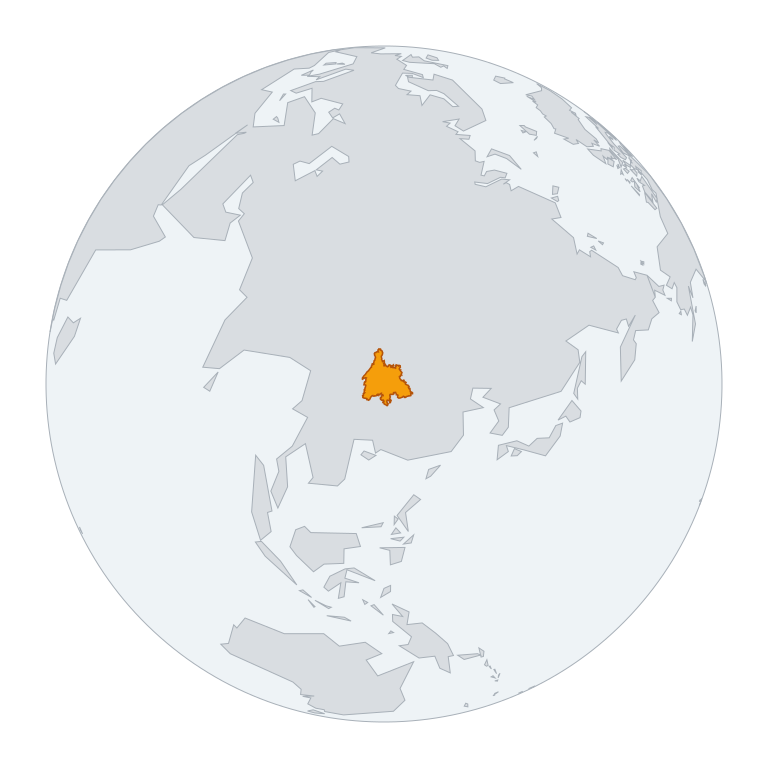 Sichuan on an orthographic globe, rotated 43°
{"feature_id": "CHN-1809", "entity_name": "Sichuan", "entity_type": "Province", "adm_level": 1, "iso_a3": "CHN", "parent_name": "China", "parent_adm1": "", "projection": "orthographic", "projection_center": [103.034, 30.167], "detail": "fine", "context": "on_globe", "style": "filled", "palette": "amber", "viewbox_px": 768, "rotation_deg": 43, "n_neighbors": 0, "source": "natural_earth", "source_scale": "10m", "svg_char_len": 17266}
<svg xmlns="http://www.w3.org/2000/svg" viewBox="0 0 768 768"><g transform="rotate(43 384 384)"><circle cx="384" cy="384" r="338" fill="#eef3f6" stroke="#a8b0b8"/><path d="M700.4,501.7L699.8,503.5L699.6,504.0L700.4,501.7ZM544.2,86.5L545.7,87.4L548.6,89.2L533.9,87.2L538.7,100.7L551.2,110.3L539.8,104.8L570.9,127.7L580.5,142.7L562.9,122.8L555.8,118.7L559.0,126.8L552.5,124.4L550.3,127.3L542.2,124.2L532.5,113.8L527.1,111.9L529.7,117.9L523.2,119.2L520.2,110.5L508.6,112.2L490.2,97.4L488.9,80.4L471.9,73.1L452.7,58.9L447.7,59.0L437.3,55.0L427.6,54.0L426.8,52.6L419.8,53.2L422.4,54.8L420.2,55.8L414.8,55.7L412.8,53.4L415.2,53.2L411.8,52.5L413.1,51.7L409.4,52.0L407.6,49.9L401.3,51.9L393.1,50.3L394.1,49.0L404.6,49.2L432.8,49.9L437.0,50.3L436.4,50.2L464.4,55.8L491.8,63.7L518.5,74.0L544.2,86.5ZM385.2,46.1L387.1,46.4L375.5,46.5L363.0,46.8L361.4,46.8L385.2,46.1ZM351.3,47.7L348.1,48.0L344.2,48.4L351.3,47.7ZM696.6,255.6L697.5,257.9L695.1,252.1L695.3,252.6L696.6,255.6ZM694.3,250.8L695.0,252.2L694.6,251.4L694.3,250.8ZM694.5,251.5L694.4,251.0L694.8,252.3L694.5,251.5ZM695.1,253.5L694.6,252.2L694.8,252.6L695.1,253.5ZM694.9,254.5L694.7,254.6L694.1,252.7L694.9,254.5ZM550.5,90.0L551.1,90.3L551.0,90.7L546.4,87.8L546.5,87.7L550.5,90.0ZM549.8,92.5L545.8,89.9L552.1,92.3L552.4,93.0L549.8,92.5ZM561.6,118.3L559.1,114.1L563.8,119.1L561.6,118.3ZM551.4,128.3L554.2,130.5L551.9,131.2L551.4,128.3ZM393.4,46.5L390.3,46.4L391.5,46.3L393.4,46.5ZM397.2,46.8L400.8,46.8L403.1,47.0L400.8,47.0L397.2,46.8ZM537.4,127.2L532.8,128.1L535.8,125.3L537.4,127.2ZM392.2,47.0L406.8,47.5L410.8,48.0L405.5,48.7L392.2,47.0ZM529.0,127.5L518.0,130.8L523.2,135.5L502.2,125.1L518.5,125.2L521.4,120.7L523.8,125.1L529.0,127.5ZM425.6,55.5L422.6,53.7L430.1,55.5L425.6,55.5ZM431.0,56.4L457.3,62.1L459.0,65.2L449.9,62.4L456.1,67.2L444.0,65.8L437.9,62.9L439.1,61.0L433.5,62.1L431.0,56.4ZM492.3,119.2L488.2,118.8L490.7,117.4L492.3,119.2ZM419.9,56.4L425.1,57.0L427.0,59.6L417.0,59.0L419.6,58.3L419.9,56.4ZM463.7,69.4L463.3,71.7L453.4,71.1L451.9,72.0L443.9,66.1L463.7,69.4ZM416.4,57.6L411.8,58.7L406.0,57.5L415.0,56.1L416.4,57.6ZM431.7,60.7L432.1,62.1L428.6,61.0L431.7,60.7ZM382.8,54.7L388.9,54.8L390.4,56.0L382.8,54.7ZM410.5,59.2L412.6,59.7L413.8,60.4L409.7,60.9L410.5,59.2ZM437.5,66.4L433.4,65.9L440.3,68.7L433.1,68.8L429.0,65.1L427.8,66.8L425.6,66.9L424.7,63.8L437.5,66.4ZM409.4,63.6L401.8,59.8L390.1,59.1L388.4,57.8L407.6,59.2L409.4,63.6ZM418.5,63.9L412.5,63.4L413.5,61.7L418.2,61.2L418.5,63.9ZM429.7,70.5L441.7,71.2L442.2,72.0L429.7,70.5ZM405.8,63.7L407.7,64.7L404.9,63.8L405.8,63.7ZM422.2,68.6L426.3,68.6L426.8,69.5L422.2,68.6ZM408.1,66.9L405.6,65.5L408.7,64.9L408.1,66.9ZM414.4,67.9L414.0,69.2L411.3,65.5L416.2,67.7L414.4,67.9ZM421.9,69.5L423.5,70.1L420.1,69.4L421.9,69.5ZM397.7,70.4L393.6,65.8L400.5,64.3L403.5,68.8L397.7,70.4ZM119.7,173.4L124.7,168.5L117.4,179.3L115.9,198.5L113.9,204.0L103.5,214.9L93.8,252.2L103.2,246.7L105.0,274.0L113.0,285.2L134.7,263.1L121.7,243.9L129.9,228.1L148.8,232.6L161.7,251.0L165.4,245.5L166.0,224.5L178.0,220.1L167.3,216.7L165.0,224.4L158.2,222.9L159.9,215.9L164.1,214.4L162.8,207.3L143.2,217.9L138.8,226.9L129.7,216.8L121.4,231.2L115.7,233.0L127.7,209.6L133.4,203.9L148.1,175.0L141.3,179.8L126.9,207.9L127.4,203.1L118.0,211.4L125.5,201.4L143.1,170.9L140.9,163.1L122.4,173.8L124.4,169.1L133.2,158.0L155.7,137.3L148.7,150.6L156.5,144.8L171.4,130.6L168.0,136.3L173.2,132.6L171.9,137.7L183.2,135.6L183.9,140.4L201.1,131.5L203.7,133.1L192.8,137.6L185.5,144.0L188.7,157.8L193.1,158.0L204.0,151.4L203.5,156.7L213.7,148.6L221.8,154.4L220.5,141.1L233.3,134.6L245.1,134.3L249.1,130.1L229.8,130.8L222.3,133.4L216.3,139.3L195.8,146.2L191.9,143.5L212.5,128.3L209.3,123.3L226.8,115.0L268.1,116.1L278.8,121.8L269.6,144.8L259.8,146.7L258.2,139.0L247.9,152.2L254.4,148.1L254.0,152.9L266.1,149.0L266.4,152.4L277.5,143.5L279.2,147.1L272.2,152.7L291.6,151.4L298.6,158.5L302.8,156.7L305.4,152.9L312.5,165.1L315.4,163.4L314.1,158.6L318.9,152.2L330.2,146.1L332.0,150.6L328.2,153.4L323.0,166.8L312.6,174.4L314.5,175.8L324.0,170.3L330.3,153.9L336.6,149.0L335.0,156.5L336.1,153.4L339.8,152.4L345.2,156.0L347.6,147.8L385.7,134.7L399.9,141.5L394.2,148.9L422.8,147.7L436.6,157.3L435.4,152.6L448.3,150.1L444.2,146.9L444.6,144.6L475.8,139.1L484.6,142.1L496.6,136.4L496.0,134.2L490.2,131.5L502.2,125.1L523.2,135.5L523.5,139.7L536.5,144.2L535.4,153.6L540.4,164.2L531.6,173.3L536.4,181.6L541.0,182.5L550.9,195.3L555.5,220.1L531.7,195.8L520.8,162.2L523.5,175.0L516.9,171.2L514.2,175.5L516.6,185.2L520.6,186.8L493.8,201.2L487.7,228.5L502.6,226.6L512.4,234.6L518.5,268.6L491.7,316.0L504.4,330.8L505.5,340.9L495.0,347.5L493.2,332.8L482.2,327.9L482.8,319.1L465.4,326.2L465.4,314.1L451.8,326.4L457.4,336.0L472.8,333.5L460.9,350.6L477.0,367.2L479.2,387.6L453.3,423.5L426.4,434.1L424.9,440.3L414.0,432.9L399.8,444.9L420.1,480.3L419.5,490.3L396.4,508.1L395.9,500.8L367.2,481.2L361.8,504.3L383.6,524.9L391.0,547.1L374.3,539.5L366.7,519.6L356.6,512.1L359.3,492.0L350.9,460.5L334.1,464.5L335.4,452.1L321.3,424.3L297.0,428.8L258.5,454.6L253.2,485.0L240.0,495.3L224.0,445.6L224.7,414.0L214.1,413.6L201.8,381.6L166.4,364.1L165.7,354.7L158.1,354.8L150.2,340.9L150.9,325.8L144.0,322.3L143.3,362.2L151.1,366.2L163.8,358.5L161.7,371.2L169.9,387.6L145.1,406.5L99.7,404.1L102.7,380.0L106.7,301.7L110.8,296.0L111.1,295.2L111.6,293.7L104.3,302.1L107.5,287.5L97.4,338.2L92.5,357.4L99.0,405.0L96.6,406.9L100.9,418.5L123.8,425.6L122.3,432.8L107.0,458.9L81.7,482.5L89.4,515.5L94.9,539.2L88.7,542.1L98.9,562.5L97.1,562.0L103.4,572.2L104.3,573.7L91.7,553.5L80.5,532.5L70.8,510.8L62.6,488.4L56.1,465.5L51.1,442.2L47.9,418.6L46.3,394.8L46.3,371.0L48.1,347.3L51.5,323.7L56.6,300.4L63.3,277.6L71.6,255.2L81.4,233.5L92.8,212.6L105.6,192.5L119.7,173.4ZM167.8,285.2L180.5,295.9L187.9,275.1L193.5,277.8L193.9,270.2L188.4,273.6L191.6,253.7L201.8,253.3L207.0,245.5L203.0,241.7L183.7,245.8L179.0,273.8L170.5,278.3L167.8,285.2ZM203.2,110.1L198.4,114.4L192.5,116.9L191.7,113.3L200.3,109.3L203.2,110.1ZM193.0,120.2L213.6,107.6L215.0,110.1L210.7,110.7L209.5,113.6L202.4,115.4L183.4,131.2L177.0,134.7L179.1,124.6L181.9,125.6L186.4,121.0L193.0,120.2ZM264.1,78.6L273.1,75.4L264.3,84.8L257.0,86.9L255.7,82.7L263.7,77.9L264.1,78.6ZM380.0,49.1L384.0,48.8L384.6,49.2L381.7,49.8L380.0,49.1ZM385.5,54.6L363.2,51.5L366.6,50.8L349.4,50.9L351.8,49.3L362.8,49.0L351.8,48.5L362.7,47.6L354.2,47.7L378.6,47.3L388.0,47.3L376.6,47.8L374.2,49.1L376.0,49.7L388.0,51.6L407.0,53.0L407.6,55.3L403.0,56.7L398.5,56.6L399.5,55.0L392.8,56.2L390.9,53.9L385.5,54.6ZM348.5,82.2L351.5,78.3L337.7,84.3L335.7,80.3L334.2,81.3L328.6,79.5L319.1,79.4L319.8,77.4L315.8,78.3L312.0,77.5L306.8,78.1L306.1,75.1L299.7,75.8L303.0,74.0L292.1,76.2L299.9,73.3L295.7,72.6L290.4,75.8L299.2,62.0L297.0,59.9L290.8,60.2L305.0,56.3L319.8,54.1L332.8,54.1L333.0,57.3L339.4,55.4L341.3,56.6L335.5,57.5L345.7,56.8L345.7,58.2L357.4,60.8L372.0,60.0L376.6,61.3L370.9,62.4L379.5,63.1L371.9,66.2L375.0,67.4L370.6,72.1L357.7,74.2L362.2,75.4L359.0,79.6L348.5,82.2ZM396.0,71.6L381.1,73.9L372.7,73.2L383.9,65.4L382.2,63.9L389.1,59.8L401.1,61.2L398.1,62.1L397.9,63.4L394.2,62.4L397.0,64.2L392.8,65.8L393.9,67.7L388.8,67.9L396.0,71.6ZM118.2,202.5L117.9,205.6L118.8,209.0L113.0,214.6L118.2,202.5ZM129.7,181.6L130.3,183.0L122.5,191.7L122.9,188.9L129.7,181.6ZM137.4,176.8L131.0,182.4L134.7,177.7L137.4,176.8ZM194.1,138.9L195.6,140.4L193.1,142.3L189.2,143.7L194.1,138.9ZM307.1,102.3L310.2,99.4L312.2,99.5L323.4,95.2L325.8,98.3L320.0,102.1L307.1,102.3ZM128.7,264.3L122.4,265.9L123.0,261.7L125.0,262.0L128.7,264.3ZM114.3,239.0L114.4,248.0L112.7,240.5L114.3,239.0ZM311.5,104.9L315.8,102.6L314.4,105.6L311.5,104.9ZM328.1,100.4L327.5,103.5L327.3,98.2L328.1,100.4ZM258.8,696.2L265.8,699.2L261.1,697.7L258.8,696.2ZM125.1,560.3L130.2,593.4L121.5,586.7L113.4,572.9L107.1,550.6L115.1,551.1L117.2,542.9L125.1,560.3ZM475.5,593.5L485.4,593.9L485.0,595.1L475.5,593.5ZM465.1,589.9L476.6,589.5L463.1,592.8L465.1,589.9ZM481.0,589.3L492.7,585.8L497.7,583.2L496.7,586.0L481.0,589.3ZM457.3,590.4L414.6,591.0L397.7,587.3L401.7,582.7L429.1,584.1L457.3,590.4ZM400.3,582.5L374.4,567.8L338.7,523.6L351.5,525.6L388.7,553.3L386.4,557.4L402.1,568.9L400.3,582.5ZM463.0,556.6L460.5,569.4L437.0,569.1L426.2,567.2L418.8,550.8L423.0,542.3L431.8,542.6L465.7,512.3L477.6,518.9L467.2,531.8L476.9,542.6L463.0,556.6ZM254.5,488.3L261.5,508.1L254.4,509.4L254.5,488.3ZM479.2,490.4L465.7,504.4L478.0,486.0L479.2,490.4ZM486.4,473.1L487.3,479.9L481.7,473.6L486.4,473.1ZM424.7,450.0L415.4,451.5L415.1,446.6L426.8,441.7L424.7,450.0ZM480.7,404.8L481.0,419.6L479.3,424.7L474.9,416.0L480.7,404.8ZM338.0,133.4L319.9,135.5L308.4,140.2L304.4,147.5L302.3,138.7L320.0,131.3L338.0,133.4ZM379.6,133.8L383.0,128.3L386.7,130.7L386.4,132.3L379.6,133.8ZM377.9,130.4L372.4,123.9L377.7,120.9L381.0,126.6L377.9,130.4ZM341.3,112.8L335.7,113.0L337.0,110.4L341.3,112.8ZM551.1,675.3L554.4,670.6L565.5,665.6L557.8,671.7L551.1,675.3ZM520.6,664.1L455.5,686.1L442.1,685.6L447.2,679.8L438.3,662.6L442.8,662.8L442.0,649.9L481.4,634.6L510.2,607.7L530.1,606.2L546.4,585.7L566.3,582.7L559.2,598.0L578.5,601.8L595.1,566.9L603.4,595.7L615.0,601.0L614.1,616.9L580.1,653.6L564.0,664.0L562.4,663.0L555.3,667.6L546.4,669.9L544.6,663.5L537.5,667.9L545.8,659.8L534.8,668.0L531.6,663.8L520.6,664.1ZM661.5,561.7L663.5,560.9L665.5,562.9L662.4,564.9L661.5,561.7ZM695.0,514.2L694.9,515.4L693.2,518.6L695.0,514.2ZM699.6,504.0L697.5,508.2L700.4,501.7L699.6,504.0ZM676.6,535.1L677.2,536.1L676.2,537.6L676.6,535.1ZM675.8,535.2L677.6,531.0L676.9,534.3L675.8,535.2ZM667.5,525.6L669.1,522.9L669.6,523.9L667.5,525.6ZM500.1,592.5L514.1,581.6L521.6,579.8L500.1,592.5ZM665.8,523.2L662.1,525.1L662.7,523.0L665.8,523.2ZM666.3,518.8L666.1,516.4L667.9,521.1L666.3,518.8ZM659.6,517.0L663.9,519.1L659.1,517.9L659.6,517.0ZM656.9,519.2L653.6,518.8L653.9,517.9L656.9,519.2ZM616.9,539.6L629.5,550.1L618.7,553.8L606.8,548.4L596.5,560.5L573.7,565.0L579.3,558.1L576.5,550.1L552.3,551.7L547.4,546.8L556.2,541.3L539.9,539.4L557.8,533.6L564.9,544.3L574.9,532.7L591.7,531.0L607.6,530.5L620.0,535.2L616.9,539.6ZM557.4,559.9L560.5,559.3L557.7,563.3L557.4,559.9ZM647.3,515.5L652.1,518.8L651.4,520.5L649.0,520.8L647.3,515.5ZM622.9,532.1L636.4,517.4L639.5,516.4L630.5,530.8L622.9,532.1ZM633.4,512.3L639.4,511.3L642.5,515.5L641.2,517.5L633.4,512.3ZM521.1,554.9L520.3,558.3L515.6,556.3L521.1,554.9ZM527.2,552.1L541.2,553.5L525.8,555.1L527.2,552.1ZM483.6,545.1L487.8,552.7L501.3,546.4L491.0,554.7L499.9,566.8L496.8,571.9L488.0,558.8L484.6,573.4L478.6,573.6L475.5,561.5L481.6,545.8L487.6,538.9L511.7,533.9L483.6,545.1ZM527.1,542.4L523.4,533.5L526.2,526.8L530.3,531.3L527.1,542.4ZM512.0,511.9L501.7,501.7L492.5,506.8L510.8,489.2L517.7,501.9L512.0,511.9ZM502.9,487.9L494.3,492.6L503.0,482.5L502.9,487.9ZM492.0,489.0L490.8,481.1L497.7,481.6L492.0,489.0ZM507.4,487.8L508.6,474.1L512.3,481.7L507.4,487.8ZM487.4,463.3L502.4,475.3L483.2,471.2L481.3,444.7L489.5,443.5L487.4,463.3ZM526.1,349.9L523.5,342.3L530.6,339.7L530.3,345.6L526.1,349.9ZM551.1,326.4L531.6,336.6L515.5,345.6L521.0,348.6L518.4,362.3L509.5,350.8L519.9,334.9L532.3,330.6L533.1,319.3L541.5,310.7L538.0,297.2L541.3,290.8L548.3,301.9L551.1,326.4ZM535.9,291.7L532.7,267.9L546.5,269.4L550.3,274.9L545.9,285.0L538.9,283.5L535.9,291.7ZM536.0,262.9L529.2,261.5L510.1,229.0L509.5,222.8L531.3,246.9L526.0,247.1L528.3,255.2L536.0,262.9ZM490.1,121.2L488.4,119.1L492.1,120.6L490.1,121.2ZM442.0,143.0L443.2,140.0L447.5,141.6L442.0,143.0ZM448.8,133.1L443.1,133.3L448.3,131.1L448.8,133.1ZM430.4,134.6L440.4,132.5L432.0,137.3L430.4,134.6Z" fill="#d9dde1" stroke="#a8b0b8" stroke-width="1"/><path d="M411.3,371.4L410.6,371.6L410.9,372.0L410.5,372.1L410.1,372.9L410.2,373.0L411.3,373.7L411.4,373.9L411.5,374.3L411.1,374.6L411.0,375.1L410.7,375.4L410.1,375.7L409.9,376.7L409.2,377.2L409.2,377.4L409.1,378.3L408.7,378.8L408.9,379.0L408.8,379.3L408.2,379.8L408.1,379.7L407.7,379.3L407.4,379.6L406.7,379.6L406.5,379.9L406.4,380.2L406.6,380.7L406.5,381.0L406.2,381.5L405.4,383.2L404.4,384.3L404.0,384.3L403.2,384.5L402.9,384.4L402.4,383.7L402.2,383.1L401.9,382.7L401.6,382.9L401.3,382.8L401.2,383.1L400.7,383.2L400.3,383.5L399.7,382.8L398.6,382.5L398.2,382.2L398.0,382.3L397.7,382.9L397.7,383.2L397.3,383.2L397.2,383.3L397.3,383.6L396.9,383.8L396.9,384.0L397.9,384.7L397.7,385.1L397.7,385.6L397.0,385.9L396.8,386.4L396.6,386.4L396.4,386.6L396.1,386.7L395.6,387.3L395.6,387.8L395.7,388.0L396.2,388.2L396.2,388.7L396.5,388.9L397.5,389.1L397.9,390.6L398.2,391.1L398.6,391.2L399.3,390.8L399.9,391.1L400.2,391.2L400.6,391.3L400.8,392.4L401.3,393.1L401.3,393.4L401.0,393.8L400.8,393.3L400.3,393.1L399.2,392.1L398.9,392.5L398.8,393.0L398.2,393.1L397.9,393.1L397.7,393.2L397.6,393.5L397.4,393.7L397.6,394.0L397.6,394.7L398.7,395.1L398.9,395.7L399.5,395.8L400.0,395.5L400.3,395.7L400.5,395.8L400.5,396.2L401.0,396.5L401.2,397.5L400.7,397.9L400.0,397.8L399.7,398.0L399.0,398.0L398.7,398.3L398.2,398.3L397.6,398.5L397.0,398.0L396.8,397.9L396.2,398.0L395.8,398.3L395.4,397.5L395.6,397.1L395.7,396.7L395.3,396.7L395.1,396.3L394.5,396.2L394.1,396.4L394.0,397.0L393.7,397.3L393.1,397.5L392.7,397.4L392.1,397.6L391.6,397.4L390.9,396.8L390.8,396.5L391.3,396.2L391.1,395.6L391.2,395.4L391.0,395.1L390.5,394.9L390.4,394.7L390.3,393.6L391.0,393.4L391.3,393.1L391.0,392.9L390.5,393.0L390.3,392.8L390.2,393.0L389.5,393.1L389.2,393.0L388.9,393.1L388.4,393.0L388.3,392.8L387.9,393.6L388.4,394.8L387.6,395.5L387.2,395.2L386.8,395.3L386.6,395.7L386.2,396.0L386.1,396.5L386.4,396.6L386.5,396.9L386.8,396.9L386.5,397.1L386.4,397.7L386.2,398.2L385.3,398.9L385.4,399.2L385.0,399.3L384.5,400.2L383.8,400.4L383.6,400.2L383.2,401.0L383.4,401.9L383.2,402.5L383.3,402.7L383.3,403.1L383.7,403.7L384.0,404.7L384.0,405.0L384.1,405.3L384.0,405.6L383.8,405.7L383.8,406.2L383.8,406.4L383.6,406.5L383.2,406.4L382.1,407.2L381.8,407.0L381.8,406.5L381.5,406.3L381.2,406.6L380.7,406.7L380.3,407.1L379.9,407.2L379.1,408.0L378.1,407.9L377.7,408.3L377.4,408.0L377.3,407.5L376.8,407.1L376.5,407.3L376.3,407.2L376.3,406.8L376.6,406.5L376.7,406.3L376.1,405.6L375.7,405.4L375.4,405.1L375.9,404.3L375.9,403.9L375.6,404.2L375.4,404.2L375.1,403.4L374.1,402.4L374.1,402.2L374.3,401.6L374.2,401.4L373.9,401.4L373.5,401.5L373.4,401.5L373.2,400.4L373.0,399.9L372.7,399.7L372.7,399.3L371.6,397.4L371.4,397.3L371.0,397.7L370.4,397.5L369.8,398.2L369.7,398.0L369.7,397.4L369.2,397.2L368.6,396.3L368.4,395.6L369.1,395.2L369.0,394.7L368.3,393.9L368.0,393.3L367.5,393.0L367.4,392.6L366.9,392.1L366.9,391.6L366.3,391.8L366.2,392.1L365.9,392.4L365.7,393.1L365.2,393.3L365.2,393.8L365.1,394.5L365.2,395.0L365.1,395.7L365.0,395.4L364.5,394.8L364.5,394.6L364.3,394.4L363.9,393.9L364.0,393.5L364.0,392.9L363.8,392.5L363.7,391.5L363.8,390.7L363.8,389.2L363.6,388.7L363.5,387.2L363.3,386.7L363.4,386.0L363.4,385.7L363.7,385.1L363.6,384.3L363.4,383.8L363.3,381.9L363.2,381.7L363.2,381.2L363.1,380.7L363.4,380.3L362.5,379.4L362.6,378.7L362.3,378.3L362.1,377.9L361.7,377.7L361.8,377.5L361.8,377.0L361.9,376.8L362.1,376.8L362.5,377.3L363.1,376.6L361.7,375.1L361.6,374.7L360.9,373.8L360.9,373.4L361.1,373.3L361.1,372.8L360.4,371.9L360.0,371.2L360.0,370.6L359.4,370.3L359.1,369.9L357.3,369.3L357.1,368.9L356.9,368.9L356.2,368.4L356.1,368.0L356.0,367.2L356.2,366.9L356.7,366.6L356.6,365.9L356.7,365.5L357.3,364.7L357.8,364.6L358.0,364.4L356.9,363.9L356.7,363.3L356.5,363.2L356.3,363.0L356.4,362.3L356.3,361.7L357.5,361.2L357.6,360.8L357.8,360.8L358.1,361.0L358.2,361.6L358.8,361.5L359.6,361.1L360.5,361.3L360.8,361.8L361.5,361.8L362.5,363.0L362.4,363.3L362.9,364.0L363.1,364.8L363.0,365.2L363.5,366.0L365.1,366.9L365.5,367.7L366.6,368.0L367.5,368.6L367.8,367.5L368.2,367.4L368.3,366.9L368.7,367.4L369.2,367.5L369.7,368.1L369.7,368.6L369.5,369.1L370.0,369.3L370.2,368.7L370.9,368.6L371.4,369.0L371.7,369.7L371.2,370.3L371.5,370.7L371.9,370.4L372.1,369.6L372.3,369.3L372.3,369.0L373.1,369.2L373.5,369.4L374.2,369.1L374.5,369.2L374.8,369.1L375.1,368.3L375.0,368.0L374.7,367.7L374.6,366.9L374.9,366.3L375.6,366.0L375.8,366.2L376.0,365.9L376.6,366.1L377.0,366.6L377.6,365.7L377.3,365.4L377.3,365.0L377.4,364.8L377.8,364.5L377.9,363.7L378.3,364.1L378.4,364.3L378.5,364.7L378.4,365.3L378.0,365.8L378.2,366.2L378.2,366.6L378.8,366.0L379.4,366.0L379.6,365.5L380.1,365.4L380.3,365.0L380.8,364.9L381.2,364.6L381.3,364.6L381.1,364.2L381.3,364.1L380.7,363.7L380.5,363.4L380.6,363.0L380.4,363.0L380.5,362.9L380.1,362.6L380.2,362.4L379.8,361.7L380.3,361.5L380.8,361.5L381.2,361.0L382.1,360.9L381.8,360.6L382.4,360.1L382.7,359.8L383.4,359.6L383.9,360.2L384.5,360.5L384.6,361.8L384.8,362.1L384.8,362.5L385.0,362.7L385.3,362.8L385.7,362.8L386.5,362.5L386.4,363.0L387.0,363.1L387.6,363.3L388.3,363.3L389.2,363.3L389.5,363.5L389.6,363.8L389.6,364.4L390.2,365.1L390.7,365.4L390.2,365.6L390.2,366.1L390.8,367.1L390.7,367.5L390.4,367.5L390.2,367.7L390.2,368.1L390.3,368.3L390.8,368.4L391.7,369.2L392.9,369.3L393.3,369.5L394.0,369.3L394.3,369.6L394.7,369.2L395.1,369.3L395.9,368.7L395.6,368.1L395.7,367.8L395.9,367.7L396.2,367.6L396.5,368.3L396.6,368.7L396.8,368.9L397.3,368.6L397.7,368.6L398.1,368.0L399.1,367.8L399.2,368.0L399.0,368.5L399.0,368.8L399.3,369.2L399.9,369.5L400.1,369.5L400.6,369.2L401.8,368.9L402.3,368.5L402.9,368.7L403.9,368.6L404.2,368.9L404.0,369.7L404.1,369.8L405.0,370.2L405.6,369.7L405.9,369.6L406.0,370.4L407.0,370.4L407.6,370.9L408.0,371.4L408.7,371.8L408.8,371.8L408.8,371.5L409.0,371.3L409.7,371.2L410.0,371.0L411.0,371.0L411.3,371.4Z" fill="#f59e0b" stroke="#b45309" stroke-width="1.5"/></g></svg>